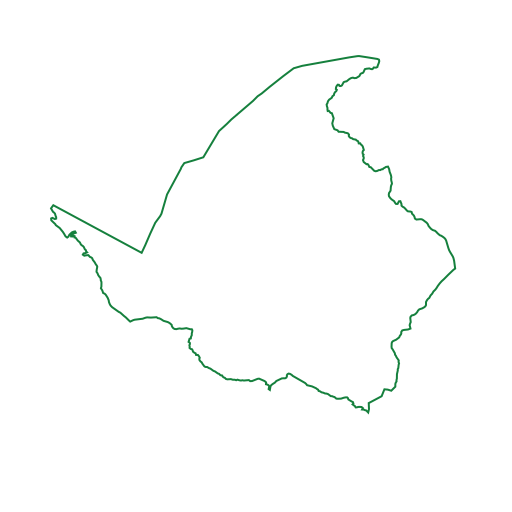 Malava, Western, Kenya, rotated 258°
{"feature_id": "3690345B31807063616851", "entity_name": "Malava", "entity_type": "district", "adm_level": 2, "iso_a3": "KEN", "parent_name": "Kenya", "parent_adm1": "Western", "projection": "mercator", "projection_center": [34.832, 0.47], "detail": "fine", "context": "isolated", "style": "outline", "palette": "green", "viewbox_px": 512, "rotation_deg": 258, "n_neighbors": 0, "source": "geoboundaries", "source_scale": "gbopen_adm2", "svg_char_len": 6063}
<svg xmlns="http://www.w3.org/2000/svg" viewBox="0 0 512 512"><g transform="rotate(258 256 256)"><path d="M122.1,241.7L125.6,243.1L126.6,244.2L127.4,245.9L128.2,248.1L129.5,249.9L130.9,255.8L130.6,257.9L130.3,258.9L130.7,260.4L131.8,261.2L133.0,261.4L133.9,262.3L134.2,263.5L133.6,264.8L132.3,266.2L131.1,267.0L121.6,277.6L120.3,278.5L119.0,279.1L116.8,283.7L114.2,287.2L113.2,288.0L112.3,289.0L111.0,289.2L110.4,290.4L109.0,291.8L108.3,293.4L107.2,294.9L106.7,296.5L105.9,297.8L103.4,300.0L103.0,301.4L102.2,302.5L101.7,303.5L99.8,304.9L99.3,306.5L98.8,309.6L99.1,312.2L99.1,314.0L98.8,315.7L97.8,316.4L96.5,316.5L93.8,319.3L93.0,320.4L91.5,320.6L90.8,319.6L88.5,321.6L87.2,322.0L87.0,323.1L87.1,324.6L86.8,326.3L86.3,327.9L85.0,328.9L83.8,327.9L83.3,329.6L82.5,330.6L82.0,331.7L79.6,333.2L82.8,334.7L88.7,335.7L92.7,349.7L98.9,353.9L97.9,357.1L96.1,360.3L99.2,365.1L101.9,365.7L103.1,366.4L104.1,367.4L105.4,367.6L106.8,368.3L111.1,369.3L114.6,370.9L115.8,371.1L116.8,371.9L119.9,372.9L121.2,373.6L122.7,373.4L124.2,373.9L127.7,372.4L129.2,372.1L130.6,371.5L132.0,371.6L136.4,370.2L137.6,369.6L139.0,369.7L142.6,370.6L143.8,371.5L144.3,372.5L145.0,375.7L146.6,379.1L148.0,380.1L149.1,381.4L150.0,382.0L151.5,382.3L152.8,383.6L152.9,385.5L152.5,389.4L152.9,392.0L156.4,391.9L157.9,392.7L159.2,393.6L163.3,394.0L164.5,394.6L165.5,396.1L165.5,397.8L165.8,399.1L166.4,400.4L167.6,402.0L168.9,403.1L169.9,404.7L170.2,407.7L171.0,410.2L171.8,411.4L172.7,412.1L175.6,412.7L177.2,414.0L178.4,415.5L179.0,416.8L181.1,418.5L182.5,420.5L184.4,422.2L185.8,424.4L187.2,426.0L188.8,427.5L191.0,430.0L192.7,432.3L194.4,435.2L197.7,440.2L201.4,446.2L202.3,448.2L210.2,448.8L213.0,448.7L214.6,448.4L219.8,446.6L221.6,446.1L223.9,445.8L231.6,445.2L233.3,444.7L234.5,444.0L235.9,442.8L237.3,441.4L238.1,440.1L240.5,438.3L241.9,437.5L243.4,436.4L244.7,434.2L246.1,432.9L247.8,431.9L249.6,431.0L251.4,430.7L253.0,429.9L256.6,426.8L257.5,425.7L257.9,424.0L258.3,420.5L259.6,419.2L261.1,419.2L262.8,418.8L265.0,417.4L266.6,417.4L267.3,416.5L268.1,413.9L269.0,413.1L271.5,411.7L272.8,410.8L273.7,409.7L275.0,408.8L276.6,409.1L279.6,408.6L279.8,407.2L277.5,405.3L277.8,403.8L279.3,403.0L280.8,402.6L283.2,400.4L284.7,399.4L286.8,398.5L288.3,398.6L289.9,399.2L291.9,401.2L295.6,402.3L296.9,402.9L298.4,404.0L299.9,404.1L301.5,404.0L303.5,404.2L304.7,404.7L306.0,404.8L307.6,404.7L310.6,404.2L313.3,404.3L316.0,403.7L316.1,401.6L315.5,400.1L315.2,398.9L314.5,398.0L314.7,396.7L314.2,395.5L314.5,394.1L314.0,392.2L314.0,390.7L314.7,389.4L319.0,386.7L319.5,385.4L321.4,385.0L322.7,384.3L322.8,383.2L325.5,380.9L327.6,380.6L328.9,381.6L330.2,381.9L331.6,381.5L332.8,382.3L333.8,381.6L335.4,381.8L336.5,382.4L337.3,383.5L341.0,383.2L342.3,382.6L343.4,381.7L344.5,381.4L344.8,379.9L346.1,379.9L347.3,379.5L348.1,378.4L349.1,377.8L350.1,375.3L351.1,374.5L351.6,373.4L352.6,372.3L354.1,371.7L355.5,372.2L357.0,371.3L358.3,368.4L359.1,367.6L360.4,362.6L362.0,361.9L363.8,359.0L367.5,358.2L369.9,358.2L374.6,360.6L379.9,359.9L380.5,358.7L382.9,357.4L382.9,356.3L384.2,356.3L386.0,356.7L387.8,356.5L389.5,356.6L390.7,357.7L392.3,358.5L393.7,360.0L395.0,363.0L396.4,364.0L397.1,365.6L398.5,366.2L399.7,367.2L400.6,368.8L401.7,369.6L402.7,368.8L404.4,369.4L405.7,370.4L406.6,371.6L406.2,372.7L405.0,373.0L404.6,374.2L405.0,375.5L407.8,377.9L408.1,379.6L408.0,380.9L409.7,384.2L410.3,386.2L410.3,387.9L409.5,389.2L409.3,391.1L410.5,394.5L412.4,396.1L412.8,397.2L412.8,398.4L413.5,399.4L416.1,401.3L416.2,403.0L415.9,405.9L415.2,406.9L414.6,408.3L415.0,409.5L415.9,410.3L415.3,412.6L415.6,414.0L417.0,414.7L419.4,416.3L421.0,417.1L422.5,417.1L423.5,415.7L427.5,405.4L430.1,398.5L430.4,396.9L430.9,388.4L432.4,340.7L431.8,331.9L426.3,320.1L418.6,304.5L413.8,295.4L411.9,290.8L408.3,285.3L394.7,260.3L391.1,254.7L385.9,245.8L363.5,225.0L362.5,215.0L361.8,205.2L358.2,201.4L357.0,200.7L334.7,181.8L317.0,172.3L314.9,170.5L309.5,164.4L299.9,157.2L289.6,149.9L282.9,144.8L347.8,68.3L345.2,65.4L341.5,66.6L340.3,67.6L339.1,68.2L337.1,68.3L335.5,68.6L334.1,68.3L334.0,66.9L335.6,64.8L335.3,63.4L333.4,63.2L328.9,66.3L327.8,66.6L324.2,69.8L319.7,72.1L317.6,72.9L314.8,73.8L313.3,75.1L313.9,76.5L315.6,77.9L317.4,80.9L317.7,82.6L317.7,84.1L316.2,84.6L315.8,81.8L315.0,80.6L314.7,79.4L313.6,79.2L313.2,80.6L313.7,81.7L313.1,82.7L311.9,82.3L311.3,83.4L308.1,84.9L305.8,86.6L304.3,86.9L303.0,87.5L301.8,88.7L300.7,89.4L298.1,90.0L297.1,90.8L295.8,90.8L294.7,91.5L294.3,89.7L294.4,87.9L293.3,86.9L292.0,88.1L292.0,89.9L291.7,92.2L289.7,93.3L288.8,94.6L287.9,95.3L286.1,95.6L283.4,96.9L281.1,97.6L279.7,98.3L278.5,98.5L275.6,97.3L273.7,96.7L272.0,97.4L270.1,97.7L268.4,98.4L267.1,99.2L265.7,99.3L264.3,99.1L263.2,99.4L262.0,99.3L258.2,98.4L256.7,97.6L254.3,98.5L251.6,98.8L250.6,100.1L249.5,100.9L246.0,102.2L243.3,102.7L241.5,102.6L239.6,102.9L237.9,103.4L235.9,104.6L229.9,110.1L228.8,111.5L224.8,114.4L223.0,115.9L219.2,118.4L218.0,119.3L218.8,122.7L218.9,124.2L218.2,132.1L218.6,135.0L218.6,136.7L217.6,140.4L216.8,146.0L215.6,147.1L215.1,148.5L213.9,150.0L211.8,152.1L209.7,156.0L208.5,157.4L207.3,158.4L206.1,159.2L205.0,159.1L203.7,159.5L202.6,160.1L201.6,161.1L201.0,162.9L201.1,164.4L201.0,166.3L200.4,167.8L200.1,169.4L199.9,172.9L198.0,176.5L197.7,178.0L196.6,178.3L195.0,177.8L193.7,177.1L191.9,176.7L190.4,175.6L188.9,175.1L188.9,173.8L186.0,172.2L184.9,173.2L183.7,173.1L182.6,172.3L181.2,172.3L179.9,171.9L178.7,172.8L178.0,174.1L176.9,174.4L175.5,174.5L174.2,175.6L173.3,176.7L171.7,176.8L171.3,178.6L169.7,179.4L168.1,179.8L167.1,179.1L165.8,179.1L164.4,179.8L163.2,180.8L162.0,181.1L158.9,182.5L158.0,183.4L157.6,185.1L156.1,186.7L155.3,188.0L152.5,190.5L151.7,191.8L149.1,194.2L148.4,195.4L146.8,196.4L146.1,198.1L145.1,198.3L144.1,199.0L143.3,200.2L142.0,201.0L141.3,202.4L140.8,205.8L139.8,207.6L139.4,209.5L138.6,210.8L138.9,212.1L137.9,213.9L137.3,215.4L137.3,216.8L136.7,218.3L136.1,223.2L134.8,224.3L134.5,226.1L135.5,232.0L135.4,233.5L131.9,238.4L130.3,239.6L128.5,239.1L127.8,240.5L126.9,241.4L125.8,241.9L123.2,240.7L122.1,241.7Z" fill="none" stroke="#15803d" stroke-width="2"/></g></svg>